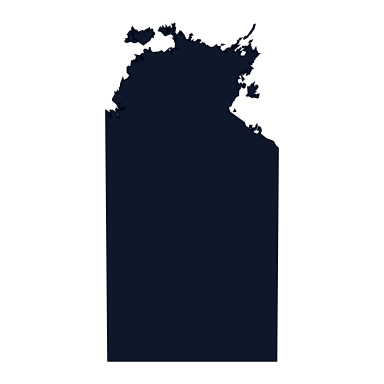 Northern Territory, Natural Earth projection
{"feature_id": "AUS-2650", "entity_name": "Northern Territory", "entity_type": "Territory", "adm_level": 1, "iso_a3": "AUS", "parent_name": "Australia", "parent_adm1": "", "projection": "natural_earth1", "projection_center": [133.869, -18.484], "detail": "fine", "context": "isolated", "style": "filled", "palette": "ink", "viewbox_px": 384, "rotation_deg": 0, "n_neighbors": 0, "source": "natural_earth", "source_scale": "10m", "svg_char_len": 5755}
<svg xmlns="http://www.w3.org/2000/svg" viewBox="0 0 384 384"><path d="M105.9,110.5L109.5,113.1L109.8,116.1L108.9,118.5L110.2,117.3L110.1,118.8L111.0,115.9L110.3,109.8L111.0,111.0L112.1,110.4L115.1,112.0L116.9,114.7L117.2,117.3L118.6,116.6L118.9,118.0L120.0,117.7L117.6,112.2L118.3,109.7L121.0,110.4L123.8,108.6L124.7,109.1L124.7,107.0L121.2,109.4L120.5,109.4L121.2,108.2L119.8,108.8L118.7,107.9L117.2,104.8L119.6,104.4L121.0,103.0L118.7,104.0L116.1,103.3L112.7,100.2L113.0,98.4L115.3,94.3L115.1,92.2L117.0,93.1L117.4,91.0L117.9,91.8L119.9,90.9L119.5,88.1L121.4,85.7L120.8,85.6L120.8,83.8L122.8,78.4L123.3,80.1L124.3,80.5L127.5,78.9L129.8,75.9L131.3,76.4L127.3,72.3L127.4,67.3L128.4,66.4L129.2,67.3L131.0,66.5L131.7,61.2L132.5,61.5L133.5,60.2L134.8,60.8L134.6,59.6L136.1,62.1L138.2,61.9L135.6,60.3L136.7,59.7L136.0,59.2L136.8,56.0L135.9,55.2L139.9,55.9L140.0,59.3L140.4,58.2L142.1,60.5L142.3,59.6L143.5,60.2L141.6,57.7L143.5,58.2L141.8,56.3L140.7,56.2L140.7,55.2L142.3,53.6L145.0,54.5L144.0,50.5L144.5,49.5L146.1,49.5L149.0,51.5L149.7,47.2L150.7,51.1L152.6,52.7L159.1,52.2L161.3,51.0L164.4,53.1L168.1,49.7L168.6,51.3L170.5,51.0L171.4,53.0L170.7,54.7L171.9,52.9L171.7,49.6L174.1,48.2L176.3,49.2L177.8,49.2L175.4,47.7L175.8,42.8L174.6,41.3L176.6,38.4L174.4,37.4L172.7,34.4L170.3,33.5L165.3,35.5L164.0,34.6L164.0,33.1L162.2,32.6L162.8,31.6L158.7,30.7L159.2,29.7L160.1,30.0L159.7,28.3L160.7,28.7L160.9,27.6L162.1,29.4L162.9,28.8L162.9,26.7L164.9,28.9L165.4,28.4L165.3,31.2L165.9,30.6L166.6,32.9L167.1,32.9L166.8,31.6L167.8,31.6L166.8,30.6L166.3,26.5L168.7,29.8L168.5,27.4L169.8,26.5L170.5,30.1L171.8,28.5L172.3,29.0L176.2,35.1L177.4,35.1L179.2,32.7L180.4,33.1L179.9,31.3L180.7,31.2L183.9,35.2L185.7,39.5L187.5,40.1L189.1,39.2L188.7,40.8L190.3,40.0L190.2,40.9L191.7,41.5L192.7,40.5L192.7,43.2L193.2,41.9L195.1,42.2L197.9,39.8L200.1,39.9L200.5,40.7L198.7,41.8L198.7,42.9L200.6,44.2L202.8,42.7L203.4,44.6L204.3,43.5L205.4,45.0L205.4,47.9L207.2,45.5L209.9,47.5L213.1,47.6L216.5,45.0L218.2,49.0L220.3,49.4L222.2,52.0L223.7,51.6L225.1,52.9L224.2,51.3L227.6,51.5L225.2,50.5L227.1,48.7L228.9,48.1L229.7,48.7L231.2,47.6L232.2,48.4L234.6,46.6L232.1,47.5L231.8,46.7L232.4,45.2L235.1,44.9L237.7,42.7L237.8,40.7L238.9,41.2L238.3,42.8L234.7,46.2L238.5,45.5L233.4,49.9L235.0,53.2L237.8,49.6L238.4,50.3L241.1,47.6L238.9,51.0L239.6,52.1L241.3,51.4L239.8,54.3L240.5,56.4L245.0,56.1L247.2,51.5L243.5,50.0L251.0,43.7L249.2,45.9L250.4,46.0L252.9,52.1L254.4,52.1L254.6,51.2L253.2,50.8L254.7,49.9L256.9,51.2L257.9,54.0L259.0,53.9L254.9,58.3L255.6,56.4L254.3,56.8L254.7,59.1L253.6,60.0L253.3,62.2L251.8,62.2L251.8,64.8L250.8,62.9L250.3,64.2L249.1,63.5L249.5,65.3L252.7,68.5L251.2,68.9L250.7,67.8L249.6,68.0L251.0,69.9L249.1,74.0L248.6,73.5L246.2,75.5L247.5,73.7L247.2,70.1L246.5,69.7L246.0,72.3L244.9,71.5L244.8,73.0L243.1,74.5L242.9,71.3L241.1,73.8L241.1,75.6L240.2,73.4L239.2,75.1L239.0,74.3L238.4,75.0L237.8,76.8L239.5,78.2L237.3,78.8L237.1,82.1L238.6,83.7L237.9,84.6L239.5,85.3L240.8,83.3L241.5,83.5L239.9,88.8L238.5,90.1L238.3,95.4L235.4,97.0L233.6,100.6L232.5,101.2L230.8,105.7L227.9,107.3L229.8,112.3L244.2,122.7L245.2,126.0L250.0,129.6L251.3,129.4L253.7,132.8L253.6,134.5L255.0,133.7L257.6,134.5L258.9,132.9L265.9,138.7L273.3,141.6L275.5,145.8L278.1,148.1L276.5,361.0L108.0,361.0L105.9,110.5ZM154.3,33.0L154.2,34.4L153.0,34.8L153.1,37.2L151.4,36.7L149.6,40.0L143.3,44.7L134.3,38.3L131.8,28.3L132.4,27.2L134.7,30.4L136.0,30.2L135.6,32.6L137.4,31.2L138.1,33.5L138.7,32.4L142.5,30.7L144.0,31.5L144.4,33.0L144.9,30.8L146.9,29.3L148.2,32.7L147.9,29.3L149.3,28.0L149.8,30.0L152.2,29.3L153.1,32.5L154.3,33.0ZM258.8,94.3L258.2,97.3L257.3,97.7L254.1,96.8L252.3,97.3L248.2,95.4L246.2,96.2L248.4,93.7L247.9,87.0L249.9,87.3L250.2,86.2L251.4,86.8L252.1,86.0L251.0,84.0L251.9,84.7L253.8,83.1L253.0,85.3L253.9,85.7L254.1,87.4L255.6,87.7L256.2,85.4L257.4,85.6L257.8,86.7L256.4,89.1L254.8,89.8L254.6,91.0L255.6,91.7L253.5,92.7L253.5,93.9L254.1,95.3L255.1,94.4L256.9,95.7L257.6,94.3L258.8,94.3ZM133.4,39.5L136.7,40.5L136.9,41.8L134.3,42.6L131.0,41.0L126.4,42.3L125.1,41.2L126.1,40.7L126.1,38.8L128.3,38.9L128.6,35.1L127.6,34.7L129.9,31.3L131.4,30.9L132.4,33.5L132.2,35.4L133.6,37.0L133.4,39.5ZM172.6,27.3L173.0,25.7L172.2,24.4L173.8,24.5L174.7,23.0L174.4,27.2L175.4,27.6L174.7,31.5L172.6,27.3ZM260.6,128.1L261.1,130.9L260.4,132.5L258.7,129.5L257.8,129.7L259.0,126.8L260.6,128.1ZM254.9,24.6L253.9,28.4L250.4,33.7L249.3,33.8L253.4,27.7L254.0,24.9L254.9,24.6ZM245.5,84.4L244.6,87.6L243.8,87.7L243.4,85.7L243.0,87.4L242.3,86.9L242.2,84.8L243.2,85.3L243.8,83.6L245.5,84.4ZM246.3,37.3L249.3,34.1L247.4,37.0L243.5,39.2L245.3,36.6L246.3,37.3ZM251.7,125.6L251.2,127.7L249.5,127.6L250.0,125.5L251.7,125.6ZM175.1,38.2L175.5,39.2L174.5,39.9L173.0,38.3L175.1,38.2ZM244.8,46.7L246.2,45.9L245.3,47.0L242.6,47.5L242.6,46.5L244.8,46.7ZM252.7,128.4L253.5,129.3L252.6,131.0L251.7,129.5L252.7,128.4ZM255.2,127.9L255.9,128.8L254.8,128.6L255.0,129.7L253.9,130.2L253.9,128.1L255.2,127.9ZM242.8,81.2L241.9,76.7L243.9,79.0L243.0,79.2L242.8,81.2ZM115.5,109.0L117.2,110.9L117.3,112.7L115.5,109.0ZM189.4,37.6L191.8,37.2L189.4,38.6L189.4,37.6ZM239.3,39.6L239.8,38.6L241.2,38.3L240.2,39.6L239.3,39.6ZM257.1,126.7L256.2,127.7L256.0,125.9L256.8,124.7L257.1,126.7ZM191.6,33.9L192.3,35.0L190.0,36.0L190.0,34.7L191.6,33.9ZM234.8,109.8L235.4,111.3L234.0,111.3L234.8,109.8ZM218.1,47.0L219.5,47.7L219.1,48.8L218.1,47.0ZM169.8,48.4L171.2,48.0L171.0,49.2L169.8,48.4ZM251.8,40.5L251.3,41.6L250.1,41.5L250.3,41.2L251.8,40.5ZM117.7,109.6L117.6,110.5L117.1,109.1L117.7,109.6ZM220.1,46.5L219.9,47.4L219.1,46.7L220.1,46.5ZM223.2,44.6L222.0,45.1L221.8,44.9L221.9,44.4L223.2,44.6ZM249.4,43.7L249.3,42.0L249.7,41.6L249.4,43.7ZM255.8,47.9L256.1,49.1L255.9,49.3L255.4,48.6L255.8,47.9Z" fill="#0f172a" stroke="#020617" stroke-width="1.5"/></svg>